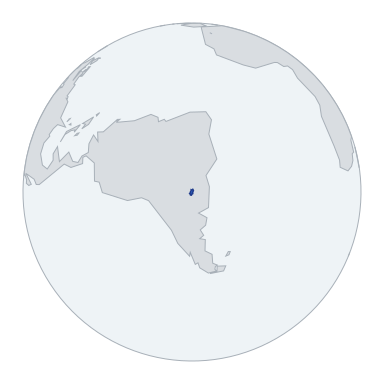 the Earth from above Itapúa, rotated 324°
{"feature_id": "PRY-620", "entity_name": "Itapúa", "entity_type": "Department", "adm_level": 1, "iso_a3": "PRY", "parent_name": "Paraguay", "parent_adm1": "", "projection": "orthographic", "projection_center": [-55.537, -26.832], "detail": "fine", "context": "on_globe", "style": "filled", "palette": "blue", "viewbox_px": 384, "rotation_deg": 324, "n_neighbors": 0, "source": "natural_earth", "source_scale": "10m", "svg_char_len": 4405}
<svg xmlns="http://www.w3.org/2000/svg" viewBox="0 0 384 384"><g transform="rotate(324 192 192)"><circle cx="192" cy="192" r="169" fill="#eef3f6" stroke="#a8b0b8"/><path d="M137.0,32.2L148.6,29.4L146.8,30.4L148.3,31.0L151.8,29.6L151.8,28.8L158.6,27.0L157.8,26.7L160.5,26.1L161.3,25.8L168.7,24.7L172.1,24.3L171.3,24.6L173.3,24.6L178.9,23.7L181.8,24.5L191.6,25.6L191.7,26.2L183.5,27.5L171.6,28.2L161.0,31.8L173.8,28.7L173.8,31.0L176.3,31.3L179.7,31.0L182.0,29.9L183.3,30.8L171.1,33.7L169.8,32.9L173.6,31.8L168.0,32.4L159.8,35.2L160.5,36.6L147.4,40.8L147.8,42.0L145.1,43.9L145.4,41.5L144.6,46.1L129.3,54.8L127.8,65.2L122.9,58.5L117.2,59.2L110.2,61.6L109.8,63.2L101.0,65.3L91.9,72.2L86.8,82.3L88.4,88.3L98.3,84.7L102.1,79.5L109.9,76.2L102.6,89.5L115.8,87.3L113.5,97.1L117.1,101.1L124.1,98.2L131.3,99.1L137.0,92.4L145.9,88.0L145.6,95.9L150.9,88.0L155.6,91.2L173.7,89.5L172.1,91.4L187.3,100.5L204.4,105.1L208.4,111.6L206.2,115.4L212.3,116.9L212.4,119.6L237.3,126.2L250.4,135.2L250.2,145.0L239.7,155.0L231.5,179.9L213.0,186.9L209.2,197.9L196.2,214.3L184.9,212.9L189.0,221.6L183.5,226.9L176.4,227.5L176.0,233.9L170.8,234.3L174.8,238.3L167.9,247.3L171.6,254.2L166.9,261.8L169.5,265.9L167.1,266.0L165.1,267.9L165.4,270.3L157.6,267.2L153.7,257.9L155.2,252.8L152.1,252.5L155.1,239.8L152.3,242.6L150.3,225.3L152.9,210.9L151.8,173.5L147.8,167.0L134.8,161.0L119.1,139.8L122.7,129.5L119.5,125.9L130.0,111.1L127.6,100.5L124.1,99.8L120.2,104.7L108.5,101.0L105.0,94.3L72.8,96.2L70.4,94.4L71.8,88.9L68.6,79.4L66.5,91.3L63.8,90.8L63.1,87.6L65.3,85.0L67.2,79.5L65.9,79.9L68.9,76.3L78.6,66.7L89.1,58.0L100.3,50.1L112.0,43.2L124.3,37.2L137.0,32.2ZM126.1,69.3L141.3,71.9L131.9,74.4L133.8,72.9L130.2,71.3L123.0,70.8L114.9,74.1L126.1,69.3ZM134.7,61.4L132.0,61.6L134.8,61.0L134.7,61.4ZM171.2,274.4L158.6,268.6L165.4,271.0L168.8,266.8L175.9,271.6L171.2,274.4ZM181.7,263.7L186.4,261.5L187.9,262.7L185.0,264.5L181.7,263.7ZM299.0,61.2L297.4,60.0L300.8,65.5L297.0,63.9L290.3,59.6L281.1,50.5L290.5,55.1L287.3,52.6L278.6,47.0L282.2,49.2L280.4,48.0L299.0,61.2ZM356.6,230.0L353.6,241.0L351.0,243.4L346.2,254.8L344.1,255.2L340.7,261.1L336.2,265.0L330.6,266.6L326.4,259.1L330.1,253.0L334.0,238.3L341.2,206.9L346.4,196.9L347.7,187.1L344.3,161.9L345.3,152.1L343.4,146.2L340.0,144.4L337.2,137.5L334.8,135.6L316.3,129.2L308.2,119.4L292.4,95.5L293.9,89.1L289.7,80.5L296.4,63.8L302.8,68.0L313.8,75.0L316.0,77.3L320.2,82.3L329.1,93.3L335.8,103.3L341.7,113.7L346.9,124.5L351.3,135.6L354.9,147.1L357.6,158.7L359.6,170.5L360.7,182.5L360.9,194.4L360.3,206.4L358.9,218.3L356.6,230.0ZM300.0,73.6L301.2,75.8L300.0,73.6ZM174.2,89.4L176.4,90.8L173.4,91.0L174.2,89.4ZM130.2,77.5L133.6,77.0L135.3,77.8L132.6,78.6L130.2,77.5ZM159.9,73.3L164.0,73.5L159.5,74.5L159.9,73.3ZM143.8,72.3L156.6,73.4L148.0,76.5L140.0,76.1L145.7,74.6L143.8,72.3ZM132.3,65.4L134.3,65.4L133.4,66.7L132.3,65.4ZM136.7,61.0L135.9,61.3L135.0,60.6L136.7,61.0ZM174.6,30.8L175.6,30.6L178.9,30.5L177.0,31.0L174.6,30.8ZM195.4,28.6L197.0,30.1L194.6,29.1L192.3,29.8L184.3,29.1L191.4,26.5L189.6,27.6L195.4,28.6ZM175.7,28.1L179.9,28.4L175.0,28.2L175.7,28.1ZM268.3,41.3L266.6,40.5L263.5,38.9L268.3,41.3ZM276.6,45.7L274.6,44.7L275.0,44.8L276.6,45.7ZM176.3,23.8L177.3,23.7L175.2,23.9L176.3,23.8ZM209.1,23.9L209.7,24.1L202.4,23.5L198.1,23.2L209.1,23.9ZM309.7,70.8L310.9,72.0L309.7,70.8L306.4,67.7L306.5,67.8L309.7,70.8ZM284.1,333.7L280.6,335.9L282.2,334.9L284.1,333.7ZM342.4,268.9L341.5,270.7L343.0,267.2L346.8,259.4L350.3,251.2L342.4,268.9Z" fill="#d9dde1" stroke="#a8b0b8" stroke-width="1"/><path d="M194.3,190.3L194.3,190.5L194.2,190.8L194.0,191.0L194.0,191.3L194.0,191.5L193.9,191.5L193.7,191.5L193.5,191.8L193.4,191.9L193.1,192.1L193.1,192.3L192.9,192.4L192.7,192.3L192.4,192.4L192.3,192.5L192.2,192.5L192.2,192.8L191.9,193.0L191.9,193.3L191.9,193.5L191.7,193.6L191.4,193.8L191.3,193.7L191.2,193.7L190.9,193.5L190.6,193.4L190.4,193.4L190.3,193.5L190.2,193.6L190.1,193.8L190.0,194.0L189.9,194.1L189.7,194.2L189.4,193.8L189.2,193.8L189.1,193.6L189.0,193.4L189.0,193.1L189.2,192.9L189.4,192.9L189.3,191.7L189.5,191.7L189.6,191.8L190.0,191.7L190.4,191.5L190.5,191.5L190.6,191.4L190.7,191.2L190.8,191.0L191.0,191.0L191.1,190.9L191.3,190.8L191.4,190.7L191.5,190.6L191.8,190.5L192.0,190.5L192.1,190.4L192.4,190.2L192.5,190.1L192.6,189.9L192.7,190.1L192.8,190.1L193.0,190.1L193.3,190.2L193.5,190.2L193.8,190.1L194.0,190.1L194.3,190.3L194.3,190.3Z" fill="#3b82f6" stroke="#1e3a8a" stroke-width="1.5"/></g></svg>